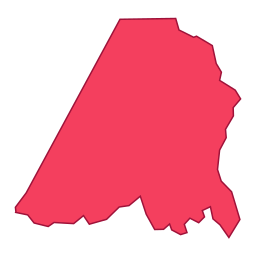 Stanly, North Carolina, United States of America
{"feature_id": "52423323B43172948431886", "entity_name": "Stanly", "entity_type": "district", "adm_level": 2, "iso_a3": "USA", "parent_name": "United States of America", "parent_adm1": "North Carolina", "projection": "albers", "projection_center": [-80.212, 35.324], "detail": "fine", "context": "isolated", "style": "filled", "palette": "rose", "viewbox_px": 256, "rotation_deg": 0, "n_neighbors": 0, "source": "geoboundaries", "source_scale": "gbopen_adm2", "svg_char_len": 733}
<svg xmlns="http://www.w3.org/2000/svg" viewBox="0 0 256 256"><path d="M120.0,19.3L26.2,192.9L15.4,207.3L15.9,211.9L15.7,212.4L27.7,214.9L34.1,223.0L48.2,226.5L54.0,222.5L73.7,223.6L83.5,215.6L89.3,224.2L106.6,219.3L119.2,207.0L129.0,205.6L140.3,196.2L146.2,214.2L154.7,229.5L163.6,229.3L169.6,224.0L171.7,229.9L180.6,234.6L187.0,232.6L184.3,224.3L189.9,218.2L198.7,222.7L204.5,216.9L202.3,210.5L210.4,206.7L213.0,218.9L220.0,224.8L228.9,237.5L239.9,219.5L231.6,191.8L221.2,181.1L217.5,169.5L219.6,150.1L226.2,137.7L225.5,129.3L233.4,115.9L233.2,107.6L240.6,98.9L235.2,90.1L219.6,80.4L221.4,72.2L216.2,63.5L212.3,45.6L196.5,36.2L193.7,37.3L179.0,30.0L175.7,18.5L120.0,19.3Z" fill="#f43f5e" stroke="#9f1239" stroke-width="1.5"/></svg>